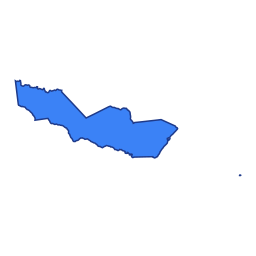 the district of Caravelas, Bahia, Brazil
{"feature_id": "56859067B12322517102910", "entity_name": "Caravelas", "entity_type": "district", "adm_level": 2, "iso_a3": "BRA", "parent_name": "Brazil", "parent_adm1": "Bahia", "projection": "natural_earth1", "projection_center": [-39.704, -17.688], "detail": "fine", "context": "isolated", "style": "filled", "palette": "blue", "viewbox_px": 256, "rotation_deg": 0, "n_neighbors": 0, "source": "geoboundaries", "source_scale": "gbopen_adm2", "svg_char_len": 5551}
<svg xmlns="http://www.w3.org/2000/svg" viewBox="0 0 256 256"><path d="M109.9,106.3L108.6,106.8L94.3,114.0L86.1,118.0L72.3,103.2L61.7,92.0L61.7,90.3L60.9,90.4L60.5,90.1L59.9,90.0L59.3,90.0L58.7,89.8L58.3,89.5L57.8,89.3L57.2,89.2L56.6,89.6L56.1,90.2L55.7,90.5L55.2,90.3L54.8,90.1L54.4,90.1L53.9,90.4L53.2,90.6L52.6,90.8L52.0,91.0L51.6,91.1L51.1,91.0L50.6,90.5L50.0,90.4L49.6,90.6L49.2,91.3L48.9,91.9L48.5,92.4L48.1,92.6L47.7,92.7L47.1,92.5L46.6,92.2L46.3,91.9L45.7,92.0L45.3,91.6L45.1,90.9L44.8,90.3L44.3,89.7L44.4,89.0L44.1,88.4L43.6,88.4L43.4,88.8L43.1,89.3L42.6,89.7L42.0,89.6L41.6,89.3L41.2,89.2L40.8,89.1L40.4,88.8L39.8,88.6L39.2,88.6L38.6,89.0L37.9,88.9L37.4,88.4L37.4,87.8L37.6,87.3L37.5,86.8L36.8,86.7L36.5,87.2L36.1,87.6L35.4,87.5L34.9,87.4L34.1,87.6L33.5,87.7L33.1,87.7L32.6,87.6L32.1,87.5L31.5,87.3L30.8,87.4L30.2,87.2L29.8,86.5L29.7,85.6L29.3,85.3L28.8,85.0L28.3,85.0L27.7,85.3L27.1,85.1L26.3,84.9L25.5,84.8L24.9,85.0L24.2,85.6L23.5,86.2L22.8,86.2L22.1,85.9L21.3,85.4L20.9,85.0L20.8,84.2L20.9,83.6L20.9,83.0L20.7,82.4L20.5,81.7L20.6,81.1L20.4,80.6L19.8,80.4L19.5,81.0L18.8,81.4L18.1,81.2L17.7,81.1L17.2,81.3L16.7,81.5L16.2,81.3L15.4,80.8L18.3,104.4L18.6,105.2L19.3,105.4L19.8,105.8L20.3,105.9L20.9,106.4L21.4,106.6L22.1,106.4L22.6,106.5L23.0,106.8L23.6,106.7L24.4,107.0L25.1,107.2L25.5,107.7L26.0,108.5L26.6,109.0L27.2,109.6L27.8,109.7L28.3,110.0L28.9,110.3L29.4,110.7L29.9,111.2L30.2,111.6L30.6,111.9L30.9,112.3L31.4,112.6L31.8,113.1L32.2,113.5L32.6,114.0L32.6,114.7L32.9,115.0L33.3,115.3L33.8,115.9L34.3,116.7L34.8,117.4L35.0,118.0L35.1,118.8L35.1,119.6L35.0,120.2L47.0,118.5L48.1,118.5L48.4,119.2L48.7,119.7L49.0,120.2L49.5,120.7L49.7,121.3L50.0,121.7L50.2,122.4L50.6,122.9L50.9,123.3L51.4,123.6L52.1,123.5L52.7,123.5L53.2,123.7L54.0,124.1L54.5,124.4L55.1,124.4L55.6,124.3L56.1,124.1L56.6,124.1L57.1,124.4L57.7,124.8L58.1,124.9L58.6,124.9L59.0,124.8L59.5,124.8L60.2,125.2L60.9,125.3L61.4,125.3L61.9,125.5L62.4,125.5L63.2,125.9L63.6,126.2L64.1,126.6L64.6,127.1L65.2,127.4L65.8,127.9L66.4,127.9L67.0,128.5L67.2,129.3L67.5,129.6L68.0,130.0L68.5,130.7L68.6,131.7L68.5,132.3L68.5,133.1L68.8,133.6L69.2,133.9L69.7,134.3L69.8,135.0L70.0,135.6L70.3,136.1L70.5,136.8L70.8,137.4L71.2,137.9L71.7,138.3L72.1,138.9L72.5,139.5L72.8,140.3L73.1,140.9L73.5,141.4L74.0,141.5L74.5,141.5L75.2,141.5L75.8,141.0L76.5,140.6L77.1,140.5L77.7,140.4L78.3,140.1L78.8,139.7L79.2,139.3L79.5,138.8L79.9,138.6L80.3,138.3L80.7,138.0L81.1,138.1L81.7,138.0L82.4,137.9L83.1,138.4L83.9,138.5L84.4,138.9L84.9,139.3L85.7,139.2L86.4,139.1L86.9,138.9L87.5,138.9L88.0,139.2L88.3,139.6L88.9,139.9L89.6,140.4L90.4,140.8L90.8,141.4L91.4,141.7L92.0,141.9L92.4,142.1L93.2,142.5L93.9,142.9L94.8,143.0L95.2,143.3L95.7,143.7L96.2,144.2L96.8,144.4L97.2,145.1L97.6,145.3L97.8,145.8L98.1,146.1L98.6,146.3L99.4,146.5L100.0,146.4L100.7,146.8L101.3,147.3L102.0,147.5L102.5,147.7L103.1,147.3L103.5,147.0L104.0,146.7L104.9,146.3L105.5,146.1L105.9,145.8L106.4,145.5L107.2,145.7L107.7,145.8L108.3,146.0L109.0,146.3L109.6,146.2L110.1,146.3L110.5,146.9L111.0,146.9L111.5,147.0L112.1,147.1L112.8,147.4L113.2,147.6L113.7,148.0L114.0,148.3L114.3,148.8L114.6,149.2L114.9,149.6L115.5,149.5L116.2,149.7L116.7,150.0L117.3,150.1L117.7,150.5L118.2,150.5L118.7,150.4L119.3,149.8L119.7,149.4L120.3,149.6L121.0,149.8L121.4,149.6L121.8,149.9L122.3,150.5L123.1,150.8L123.7,150.9L124.4,151.2L125.0,151.4L125.2,151.9L125.0,152.5L125.2,153.0L125.7,153.3L126.3,153.3L126.8,153.4L127.4,153.3L127.4,152.4L127.9,152.5L128.2,152.9L128.6,153.4L129.2,153.7L129.4,154.8L130.1,155.1L130.6,154.5L130.9,154.0L131.3,154.1L132.1,154.4L132.0,155.0L131.8,155.5L131.5,156.3L131.8,156.9L132.4,157.4L132.9,157.6L133.5,157.3L134.1,157.1L146.5,156.8L152.8,156.7L152.9,157.2L153.5,157.4L154.2,157.8L154.6,157.9L155.2,157.7L155.7,157.6L156.1,157.3L156.6,156.8L157.2,156.8L157.6,156.4L157.8,155.9L158.1,155.4L158.4,154.8L158.9,154.3L159.4,153.6L159.7,152.8L160.0,152.3L160.1,151.7L160.5,151.3L160.8,150.8L161.1,150.3L161.5,149.8L161.8,149.3L162.2,148.8L162.6,148.4L163.0,147.9L163.3,147.4L163.6,147.0L163.8,146.6L164.2,146.2L164.7,145.8L165.0,145.4L165.4,145.1L166.0,144.5L166.5,144.0L166.9,143.5L167.3,143.0L167.4,142.3L167.6,141.7L167.7,141.1L167.7,140.4L167.3,139.2L167.3,138.4L167.9,138.2L168.5,137.8L169.1,137.6L169.5,137.6L170.0,137.1L170.4,136.5L170.6,136.1L171.0,135.7L171.4,135.2L171.8,134.9L172.3,134.6L172.8,134.1L173.3,133.6L173.8,133.0L174.4,132.3L174.9,131.8L175.3,131.5L175.7,131.0L176.2,130.4L176.7,129.9L177.0,129.5L177.4,129.1L177.6,128.6L177.2,127.8L176.8,127.6L176.2,127.4L175.7,126.8L175.4,126.2L175.0,125.9L161.1,119.6L157.8,120.0L139.9,122.0L136.9,122.3L134.7,122.5L134.3,122.8L133.8,123.1L133.3,123.3L133.2,122.7L132.8,122.0L132.4,121.5L132.0,121.0L131.7,120.5L131.3,120.1L130.8,119.8L130.5,119.3L130.4,118.8L130.5,118.0L130.6,117.3L130.6,116.6L130.5,115.7L130.4,115.1L130.2,114.4L130.2,113.6L130.0,112.7L130.0,112.2L129.7,111.8L129.2,111.4L129.0,111.0L128.7,110.5L128.3,110.2L127.7,110.1L127.2,109.6L126.9,109.0L126.5,108.4L126.0,108.3L125.5,108.3L125.1,108.5L124.7,108.2L124.3,108.1L123.9,108.1L123.4,108.1L122.8,108.3L122.4,108.6L121.9,108.8L121.4,109.3L121.0,109.7L120.4,109.8L119.5,109.3L118.7,108.9L118.1,108.5L117.2,108.5L116.7,108.4L116.1,108.2L115.5,108.0L115.1,107.8L114.6,107.5L114.1,107.4L113.6,107.4L113.0,107.5L112.2,107.2L111.5,106.8L111.1,106.5L110.6,106.2L109.9,106.3ZM169.0,140.0L169.5,139.6L169.7,139.1L169.1,139.3L168.6,139.6L168.2,140.0L168.6,140.3L169.0,140.0ZM239.6,175.5L240.1,175.6L240.6,175.2L240.3,175.0L239.7,175.1L239.6,175.5Z" fill="#3b82f6" stroke="#1e3a8a" stroke-width="1.5"/></svg>